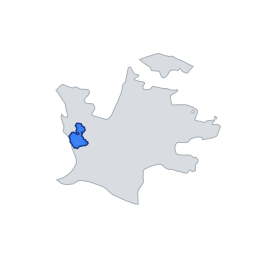 Salyan District, Salyan, Azerbaijan (highlighted), rotated 148°
{"feature_id": "54616110B55207089168458", "entity_name": "Salyan District", "entity_type": "district", "adm_level": 2, "iso_a3": "AZE", "parent_name": "Azerbaijan", "parent_adm1": "Salyan", "projection": "equal_earth", "projection_center": [49.031, 39.666], "detail": "fine", "context": "in_parent", "style": "filled", "palette": "blue", "viewbox_px": 256, "rotation_deg": 148, "n_neighbors": 0, "source": "geoboundaries", "source_scale": "gbopen_adm2", "svg_char_len": 5698}
<svg xmlns="http://www.w3.org/2000/svg" viewBox="0 0 256 256"><g transform="rotate(148 128 128)"><path d="M169.0,198.3L168.1,198.3L161.6,199.9L160.2,199.4L154.7,192.1L153.5,191.2L151.1,190.9L149.7,189.7L148.6,187.8L148.0,186.3L142.2,182.4L141.4,180.9L141.3,179.6L142.1,178.5L143.1,177.5L145.9,176.6L149.2,175.7L150.2,175.1L150.8,174.0L150.7,172.4L150.2,170.7L145.5,167.7L145.0,166.4L144.9,164.8L145.2,163.2L145.9,161.9L149.7,160.1L151.8,158.3L150.5,156.2L146.4,151.6L141.6,146.5L138.3,146.4L134.5,147.9L128.5,152.3L125.2,154.2L120.8,157.2L116.0,160.7L112.1,164.3L109.7,167.3L105.4,168.7L103.2,171.2L95.9,178.8L93.8,178.7L93.8,174.9L93.9,171.9L93.5,170.2L91.2,167.9L91.1,166.9L91.8,166.2L93.6,166.6L95.9,166.5L97.0,165.5L94.5,162.4L92.4,160.4L90.5,159.0L90.1,158.1L90.1,157.5L90.5,156.8L93.7,155.1L94.1,153.6L93.9,151.8L88.9,149.2L85.1,150.2L81.8,147.3L79.6,145.1L77.0,142.7L74.6,141.3L72.3,138.3L68.3,135.2L65.8,134.4L65.8,133.9L66.3,133.3L67.4,132.9L74.5,133.0L75.4,132.4L75.9,131.1L76.9,129.1L78.1,126.2L78.0,123.8L70.9,119.9L65.8,116.3L62.2,111.5L59.9,107.2L60.0,105.7L60.7,104.4L66.3,100.4L66.7,99.4L66.6,98.7L64.7,96.6L62.2,94.5L61.5,93.0L59.9,92.2L56.9,92.1L51.8,89.6L50.7,89.3L50.4,88.8L50.7,88.3L54.4,87.2L54.4,86.4L53.3,85.2L51.2,84.4L49.3,82.4L48.7,80.5L55.5,75.1L57.5,74.1L61.9,75.0L71.0,78.6L70.3,80.6L71.2,81.7L73.3,83.2L77.3,84.8L80.7,85.6L82.4,84.9L85.0,84.3L88.4,86.1L91.5,88.3L93.1,89.2L93.9,89.5L96.3,88.8L99.2,85.9L100.4,82.4L100.7,80.7L99.1,78.4L95.7,75.8L91.8,73.6L89.4,71.7L87.9,67.8L86.3,67.4L85.9,66.9L85.6,65.6L85.7,63.8L86.3,62.4L87.9,61.8L89.4,61.5L90.9,60.2L92.7,57.6L93.5,56.1L96.8,57.0L97.2,59.3L97.8,59.8L99.2,59.5L101.5,58.5L103.3,59.3L105.7,62.1L108.9,65.1L110.6,67.1L111.3,68.4L113.0,69.8L115.4,71.3L117.3,73.8L119.0,79.5L120.8,80.9L127.1,83.0L129.3,83.5L135.5,84.3L137.7,83.7L140.9,78.8L143.8,73.7L146.5,72.6L151.3,70.2L154.2,67.9L155.5,65.4L158.2,60.6L159.9,58.0L162.7,60.4L167.7,66.7L174.7,77.1L176.4,80.1L177.6,83.5L178.6,87.6L180.2,91.3L187.4,100.6L190.5,104.0L195.6,108.4L197.4,109.4L199.8,109.7L204.1,109.7L208.1,111.5L210.1,112.7L212.2,114.4L214.0,116.5L215.9,121.9L208.9,120.1L201.9,120.4L197.9,121.6L194.1,123.2L190.4,125.4L188.1,129.8L186.2,140.0L183.3,149.6L183.4,154.0L184.7,158.3L184.5,160.3L183.2,161.2L181.6,163.0L179.4,171.8L178.3,173.6L176.9,174.7L176.5,173.6L176.6,171.3L173.5,169.3L171.9,171.6L170.8,176.4L168.5,181.5L168.4,182.5L169.0,198.3ZM65.4,108.1L65.7,106.8L64.8,106.1L63.9,106.1L63.1,106.8L63.1,108.5L64.2,108.8L65.4,108.1ZM41.6,147.9L40.6,146.5L40.1,145.7L43.2,145.0L48.4,143.1L49.8,144.1L51.3,146.0L52.0,147.6L52.1,150.7L52.7,151.2L55.2,150.1L56.3,151.4L58.3,152.9L61.6,154.3L66.5,152.0L68.9,151.4L70.9,151.5L71.9,152.2L72.3,154.6L71.8,157.5L71.3,159.1L72.3,160.3L76.2,163.1L77.8,164.7L77.0,167.4L79.9,174.1L80.8,176.7L81.9,179.9L75.9,178.7L65.0,176.0L62.0,174.6L59.2,170.8L57.5,169.1L55.1,166.7L53.0,165.9L51.5,164.3L50.6,161.9L49.4,159.8L47.2,157.3L42.2,148.8L41.6,147.9ZM49.2,91.3L48.5,91.7L47.5,91.3L47.2,90.2L47.3,89.2L48.3,88.9L49.1,89.2L49.4,90.2L49.2,91.3Z" fill="#d9dde1" stroke="#a8b0b8" stroke-width="1"/><path d="M184.0,139.5L183.9,139.4L183.5,139.4L183.2,139.2L182.9,138.9L182.8,138.6L182.7,138.2L182.3,137.8L182.0,137.6L181.6,137.5L181.2,137.5L180.8,137.7L180.4,137.8L179.9,138.0L179.5,138.0L178.9,138.0L178.6,137.9L178.1,137.7L177.8,137.6L177.2,137.4L176.8,137.3L176.1,137.1L175.5,136.8L175.2,136.6L174.5,136.4L173.9,136.1L173.5,135.8L173.1,135.6L172.5,135.6L172.0,135.6L171.5,135.5L171.5,135.4L171.5,135.5L171.2,135.7L171.0,135.8L170.8,135.9L170.6,136.2L170.2,136.1L170.1,136.4L169.9,136.6L169.8,136.8L169.6,137.2L169.6,137.5L170.0,138.0L170.4,138.1L170.6,138.3L170.8,138.6L170.8,138.9L170.6,139.1L170.4,139.4L170.2,139.8L170.2,140.1L170.3,140.5L170.5,140.7L170.7,140.9L171.1,141.3L171.5,141.7L171.5,142.2L171.3,142.6L171.1,143.1L171.0,143.6L171.1,143.9L171.3,144.5L171.3,144.9L171.3,145.4L171.4,146.0L171.3,146.3L171.1,146.6L170.7,146.8L170.1,147.0L169.6,147.2L169.4,147.6L169.5,148.0L169.8,148.3L169.8,148.8L169.5,149.0L169.3,148.9L168.9,148.7L168.4,148.4L168.0,148.2L167.6,148.2L167.2,148.2L166.9,148.4L166.4,148.6L165.8,148.7L165.6,148.8L165.4,149.4L165.2,149.8L165.1,150.4L164.9,150.8L164.8,151.2L164.8,151.5L164.8,151.9L164.8,152.5L165.1,152.9L165.5,153.3L165.8,153.6L166.0,154.1L165.9,154.6L165.8,155.0L165.6,155.4L165.5,155.8L165.5,156.2L165.5,156.3L165.7,156.5L166.0,156.7L166.4,157.0L166.5,157.2L166.8,157.5L167.0,157.7L167.3,158.0L167.7,158.2L168.0,158.5L168.5,158.9L168.9,158.9L169.2,159.0L169.5,159.0L169.9,158.8L170.1,158.5L170.4,158.3L170.8,158.0L171.3,157.9L171.3,157.6L171.5,157.3L171.4,156.9L171.3,156.5L171.3,156.0L171.3,155.6L171.4,155.1L171.7,154.6L172.0,154.3L172.2,154.1L172.5,153.9L172.9,153.5L173.2,153.4L173.6,153.1L173.8,152.6L173.9,152.2L173.9,151.9L173.9,151.7L173.7,151.3L173.3,151.0L173.0,150.8L172.7,150.5L172.6,150.1L172.6,149.5L172.6,149.3L172.8,149.0L173.2,148.9L173.6,148.9L174.0,149.1L174.2,149.4L174.4,149.7L174.5,150.0L175.0,150.5L175.1,150.8L175.3,151.1L175.4,151.5L175.6,151.7L175.9,152.1L175.9,152.4L176.1,152.7L176.3,153.1L176.5,153.2L176.7,153.5L176.9,153.6L177.4,153.6L177.7,153.7L178.0,153.8L178.5,153.9L178.8,153.7L179.0,153.6L179.1,153.4L179.4,153.2L179.7,153.0L180.2,152.9L180.8,152.9L181.1,152.8L181.6,152.6L181.8,152.5L182.0,152.2L182.3,152.0L182.3,151.8L182.4,151.4L182.7,151.1L182.7,150.7L182.8,150.3L182.9,149.7L183.0,149.2L183.2,148.7L183.4,148.2L183.5,148.0L183.6,147.7L183.8,147.5L183.9,147.3L184.1,147.1L184.3,146.9L184.5,146.7L184.4,146.5L184.4,146.1L184.2,145.7L184.1,145.3L184.1,144.8L184.2,144.3L184.1,143.3L184.2,142.5L184.1,141.7L184.0,141.1L184.1,140.5L184.0,140.1L184.0,139.6L184.0,139.5Z" fill="#3b82f6" stroke="#1e3a8a" stroke-width="1.5"/></g></svg>